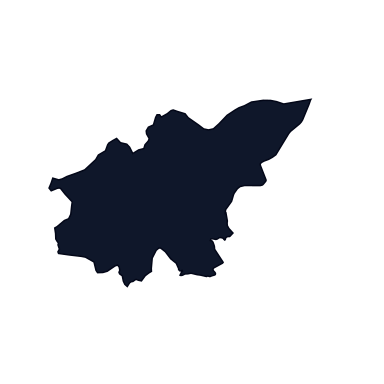 an SVG outline of Mopti, rotated 335°
{"feature_id": "MLI-2809", "entity_name": "Mopti", "entity_type": "Region", "adm_level": 1, "iso_a3": "MLI", "parent_name": "Mali", "parent_adm1": "", "projection": "orthographic", "projection_center": [-3.546, 14.53], "detail": "fine", "context": "isolated", "style": "filled", "palette": "ink", "viewbox_px": 384, "rotation_deg": 335, "n_neighbors": 0, "source": "natural_earth", "source_scale": "10m", "svg_char_len": 2752}
<svg xmlns="http://www.w3.org/2000/svg" viewBox="0 0 384 384"><g transform="rotate(335 192 192)"><path d="M322.8,173.3L320.7,174.7L318.4,175.7L306.9,178.7L304.4,179.9L283.7,193.7L279.5,194.5L275.3,194.8L270.3,194.4L267.4,194.6L265.6,195.4L265.2,197.0L264.2,212.3L263.9,213.0L263.4,213.4L260.5,214.8L259.3,215.3L258.4,215.4L256.5,215.0L242.3,208.3L237.8,207.4L234.5,208.2L229.6,211.0L228.3,212.2L224.9,216.1L223.9,217.2L215.0,222.2L213.4,224.9L213.7,224.8L213.9,224.9L214.0,225.0L211.8,233.2L210.7,235.0L209.8,237.4L210.0,240.7L211.8,246.5L209.6,247.4L207.6,248.2L207.1,248.2L206.7,248.1L206.3,247.8L205.8,247.6L204.3,247.4L203.8,247.6L203.1,247.9L202.1,249.1L201.4,249.4L200.9,248.4L200.8,247.5L200.5,246.9L199.4,245.9L197.9,245.0L196.6,245.0L195.3,245.3L193.6,245.1L190.9,243.1L189.3,242.5L188.1,243.7L189.4,244.7L189.8,246.2L189.5,249.6L189.2,251.1L188.3,253.4L190.5,268.9L189.6,269.4L179.7,270.0L178.4,270.6L178.1,272.3L178.8,274.5L178.9,275.6L178.3,276.6L177.6,276.8L176.8,276.7L174.3,276.3L172.9,276.3L172.5,276.2L172.0,275.9L171.0,274.9L170.6,274.7L169.8,274.8L169.4,274.7L164.4,270.8L161.7,269.1L157.2,265.5L156.1,265.0L153.6,264.4L151.5,263.5L150.5,263.3L149.3,263.4L148.1,263.4L146.7,263.0L146.0,262.4L146.7,261.7L147.3,261.4L148.5,260.2L149.0,260.0L149.5,260.0L150.0,259.7L150.0,259.0L149.7,258.9L148.2,258.6L147.7,258.4L147.5,258.0L147.2,256.8L147.1,256.7L147.5,256.1L147.5,255.8L147.6,249.9L144.5,243.6L142.6,234.9L139.9,229.5L138.2,228.8L134.9,229.7L128.0,235.1L122.8,244.1L121.7,246.8L118.7,247.1L114.2,248.1L108.6,251.2L106.1,249.3L104.7,247.8L103.8,247.5L100.7,248.1L98.6,247.6L96.9,248.0L93.4,250.3L92.1,247.3L92.1,243.7L93.4,238.5L91.8,235.6L91.9,233.9L93.5,232.4L94.3,229.2L93.6,226.7L90.9,226.5L81.7,228.0L77.2,227.3L72.3,225.2L71.9,222.4L73.6,214.0L67.9,206.0L64.4,203.5L54.2,197.2L45.1,191.3L45.2,189.6L47.7,187.7L48.2,183.3L49.4,181.8L48.9,179.6L48.7,177.0L50.8,172.0L52.4,166.6L55.0,166.4L64.3,163.9L68.9,164.1L72.7,161.0L77.1,153.7L79.3,150.3L76.1,140.4L74.4,133.2L73.3,132.2L71.4,131.7L64.9,131.4L64.1,128.0L67.9,124.6L71.7,120.6L76.4,124.7L80.0,125.3L85.2,125.1L94.6,126.0L104.1,126.6L118.4,122.0L122.8,118.9L131.0,118.1L135.5,113.6L137.3,112.5L142.1,111.9L146.3,111.6L148.0,117.1L153.1,121.1L154.4,125.1L154.6,132.1L161.5,131.3L166.7,132.3L169.4,129.3L173.8,127.4L175.8,125.6L175.4,120.1L176.3,117.3L179.9,114.8L185.4,114.9L190.6,109.0L193.0,107.2L195.3,108.3L195.8,111.1L202.7,110.6L207.4,109.4L209.6,109.7L212.9,112.9L218.8,118.2L219.9,123.0L226.2,133.9L229.3,139.8L233.2,142.7L238.1,143.8L245.3,141.6L256.3,137.3L265.7,135.9L270.2,135.5L276.0,136.0L283.9,135.6L295.3,139.0L301.9,142.2L306.8,145.8L312.3,151.0L338.9,158.3L338.2,158.8L335.0,162.1L322.8,173.3Z" fill="#0f172a" stroke="#020617" stroke-width="1.5"/></g></svg>